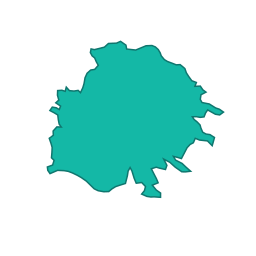 Boa Esperança do Iguaçu, Paraná, Brazil (Albers equal-area conic projection), rotated 215°
{"feature_id": "56859067B49303915936139", "entity_name": "Boa Esperança do Iguaçu", "entity_type": "district", "adm_level": 2, "iso_a3": "BRA", "parent_name": "Brazil", "parent_adm1": "Paraná", "projection": "albers", "projection_center": [-53.234, -25.634], "detail": "fine", "context": "isolated", "style": "filled", "palette": "teal", "viewbox_px": 256, "rotation_deg": 215, "n_neighbors": 0, "source": "geoboundaries", "source_scale": "gbopen_adm2", "svg_char_len": 1993}
<svg xmlns="http://www.w3.org/2000/svg" viewBox="0 0 256 256"><g transform="rotate(215 128 128)"><path d="M191.8,154.1L192.9,149.4L192.0,144.5L189.5,139.2L188.1,135.0L187.2,129.7L190.4,130.2L193.4,127.3L197.4,125.0L202.0,126.1L200.5,122.0L203.8,121.0L207.1,118.3L204.6,114.4L200.7,111.2L201.6,107.2L195.8,107.3L194.9,103.7L198.4,103.4L202.0,101.7L202.0,97.5L197.4,98.1L193.0,98.4L189.9,94.9L186.6,91.7L183.2,90.5L186.9,88.1L187.6,82.6L185.0,79.2L186.6,74.4L182.2,71.2L179.0,68.6L176.2,64.2L173.6,59.7L170.0,59.1L168.5,54.4L171.7,49.8L169.4,47.3L165.7,45.9L161.4,52.9L155.9,56.4L152.1,58.2L147.8,59.3L142.3,60.2L138.0,60.6L131.6,60.6L120.8,58.8L116.5,59.5L111.3,61.9L107.3,64.9L106.2,69.0L104.5,72.9L102.0,76.3L98.3,81.1L101.1,88.5L103.2,92.8L103.6,96.8L100.2,95.1L93.9,90.2L89.6,87.5L85.5,91.2L80.1,90.1L78.6,86.1L78.9,81.7L73.3,82.8L69.7,84.6L67.1,86.6L61.6,89.9L64.0,93.4L69.2,93.4L75.3,95.1L71.9,100.4L75.7,102.8L80.1,105.1L85.5,108.0L82.4,112.1L79.1,113.2L73.5,115.5L74.7,119.7L80.9,123.0L74.0,123.9L66.9,123.0L58.8,123.0L55.8,125.0L51.9,128.5L58.0,129.2L63.4,130.0L70.6,129.0L74.5,130.8L70.7,132.3L66.7,133.6L68.3,145.8L67.7,150.1L66.0,153.4L67.0,158.1L62.4,159.2L55.5,163.0L48.9,161.8L50.1,165.3L51.7,169.8L57.1,169.6L60.6,167.8L64.4,167.4L68.3,169.8L70.7,171.8L74.7,172.6L78.8,172.9L81.7,174.1L78.5,176.5L75.0,178.1L72.1,180.7L73.1,184.9L73.1,188.5L69.1,188.9L64.3,189.4L60.4,191.3L58.9,195.8L63.9,195.8L67.7,194.7L75.2,194.3L82.0,191.3L85.2,192.9L87.3,197.1L84.7,202.1L88.6,202.2L92.8,203.8L97.1,200.5L98.1,204.5L102.9,203.3L108.1,205.1L111.9,206.7L115.5,209.3L118.5,209.6L121.7,209.8L124.7,207.4L128.5,206.5L133.9,205.1L137.5,204.9L142.2,206.2L144.7,208.0L148.2,209.6L152.1,210.1L155.7,209.3L160.4,205.7L166.4,196.3L174.4,191.9L177.2,194.7L183.8,194.7L186.1,190.9L189.8,188.1L192.5,186.0L193.7,180.7L197.5,176.3L200.5,172.9L203.6,171.6L202.1,168.2L198.7,166.5L195.5,166.3L192.0,164.1L188.3,162.3L188.9,156.9L191.8,154.1Z" fill="#14b8a6" stroke="#0f766e" stroke-width="1.5"/></g></svg>